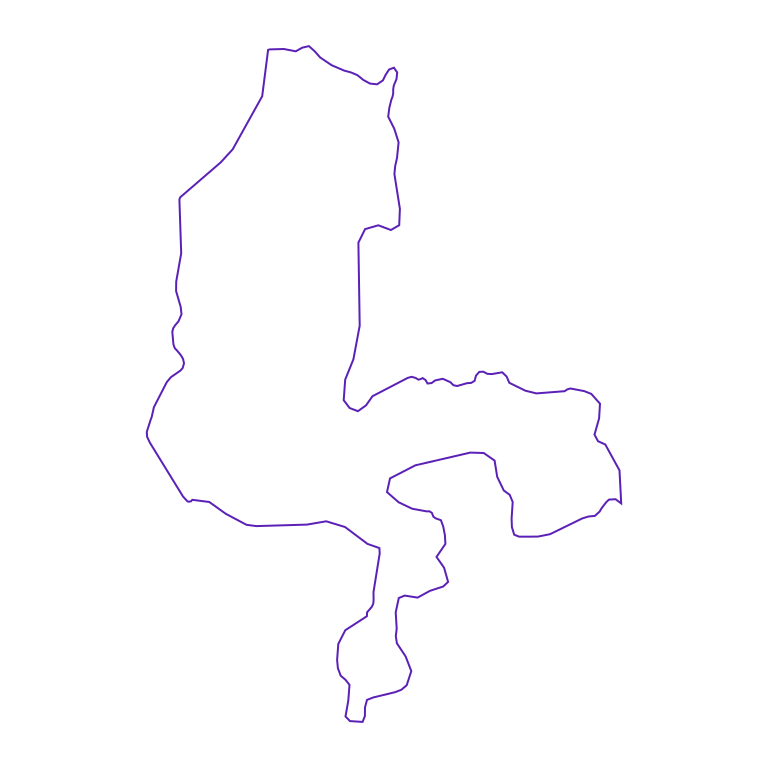 the State of Kebbi
{"feature_id": "NGA-2879", "entity_name": "Kebbi", "entity_type": "State", "adm_level": 1, "iso_a3": "NGA", "parent_name": "Nigeria", "parent_adm1": "", "projection": "natural_earth1", "projection_center": [4.708, 11.664], "detail": "fine", "context": "isolated", "style": "outline", "palette": "violet", "viewbox_px": 768, "rotation_deg": 0, "n_neighbors": 0, "source": "natural_earth", "source_scale": "10m", "svg_char_len": 2596}
<svg xmlns="http://www.w3.org/2000/svg" viewBox="0 0 768 768"><path d="M189.0,501.7L187.5,501.4L183.0,496.5L149.9,442.7L147.1,436.8L146.8,431.9L150.5,420.2L151.7,417.0L153.9,407.2L166.8,382.1L170.9,377.2L180.4,370.6L182.7,368.0L184.0,363.3L183.1,359.1L180.8,355.1L176.4,349.8L175.7,349.2L175.0,348.5L174.0,346.2L173.4,344.1L172.3,331.8L173.2,328.3L175.2,325.2L178.4,321.5L181.5,314.3L180.7,306.9L176.1,291.1L176.2,281.7L181.2,253.3L179.4,199.5L180.2,197.3L220.7,162.4L232.7,149.3L262.2,96.2L268.1,49.9L269.7,49.4L283.8,49.0L295.8,51.3L302.2,47.7L308.9,46.1L314.6,51.2L320.2,57.5L331.6,65.2L344.2,70.6L350.9,72.4L357.3,75.1L363.4,80.0L370.1,83.6L377.1,84.3L382.9,80.4L385.7,74.7L389.1,69.5L393.9,67.7L397.2,72.4L396.5,79.1L393.8,85.5L393.2,89.4L393.2,93.5L392.5,96.8L391.3,99.8L389.3,108.0L388.2,116.7L394.3,128.8L398.6,142.4L397.0,158.0L395.2,166.0L394.4,174.1L399.9,208.9L399.2,225.2L390.9,230.0L378.3,225.3L365.1,229.1L358.4,242.6L359.7,325.7L353.4,359.3L345.2,379.6L343.7,400.2L349.6,408.0L357.9,411.2L366.0,405.4L372.5,396.2L407.7,377.9L411.6,376.8L415.5,377.9L418.5,379.7L420.7,379.0L422.7,378.1L425.6,380.1L427.5,383.5L431.5,383.1L435.2,380.4L442.8,378.8L450.4,382.2L453.4,385.2L457.2,386.0L466.9,383.2L471.2,382.9L474.6,380.8L476.0,375.6L479.3,371.9L483.3,371.7L487.3,373.8L491.7,374.1L502.2,372.3L506.6,376.5L509.3,382.8L525.4,390.7L536.4,393.4L564.6,391.2L567.5,389.3L570.5,388.5L584.2,391.1L591.3,393.9L600.0,403.7L599.1,418.4L594.5,434.6L598.0,441.2L605.3,444.5L619.5,470.4L621.2,503.4L615.5,499.2L609.0,499.6L606.3,502.1L601.6,508.2L599.7,511.5L594.9,515.9L588.5,516.5L582.1,518.5L550.0,534.2L537.8,536.6L519.2,536.7L514.2,534.7L511.9,527.1L511.6,518.6L512.7,502.0L509.7,494.8L503.8,490.5L497.2,476.8L494.6,460.6L483.7,453.0L470.2,452.6L415.4,465.3L390.0,478.4L387.0,492.1L398.7,502.3L412.1,508.7L426.2,511.3L429.4,511.3L431.9,512.9L433.4,516.7L435.8,518.4L440.9,520.2L443.2,526.4L444.9,535.2L445.4,543.9L436.5,556.9L444.1,567.8L448.1,581.9L443.2,586.5L430.0,590.8L417.6,597.6L404.7,595.6L398.8,598.0L395.7,612.4L396.7,628.6L395.8,636.1L396.9,643.3L405.6,656.4L411.3,671.1L406.7,685.2L401.3,689.8L395.0,692.2L373.5,697.4L367.0,699.9L365.0,707.4L364.9,716.1L362.6,721.9L350.0,721.1L345.5,716.5L348.3,700.5L349.5,684.9L345.5,679.8L340.7,675.7L337.9,668.2L337.1,660.0L338.3,643.9L345.3,630.2L366.9,616.2L367.1,612.3L371.8,606.8L373.2,603.9L373.6,600.2L373.5,592.0L379.7,553.5L379.4,548.1L367.5,543.9L345.0,527.0L326.2,521.3L307.0,524.6L256.3,526.1L246.5,524.8L225.8,513.8L209.3,502.0L192.3,499.8L191.0,501.3L190.8,501.3L189.0,501.7Z" fill="none" stroke="#5b21b6" stroke-width="2"/></svg>